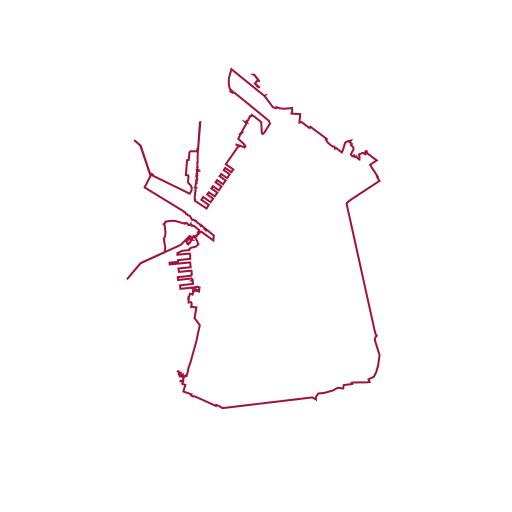 outline of NCR, City of Manila, First District, Manila, Philippines, rotated 39°
{"feature_id": "2640588B65314213268917", "entity_name": "NCR, City of Manila, First District", "entity_type": "district", "adm_level": 2, "iso_a3": "PHL", "parent_name": "Philippines", "parent_adm1": "Manila", "projection": "albers", "projection_center": [120.961, 14.599], "detail": "fine", "context": "isolated", "style": "outline", "palette": "rose", "viewbox_px": 512, "rotation_deg": 39, "n_neighbors": 0, "source": "geoboundaries", "source_scale": "gbopen_adm2", "svg_char_len": 6163}
<svg xmlns="http://www.w3.org/2000/svg" viewBox="0 0 512 512"><g transform="rotate(39 256 256)"><path d="M300.8,117.8L287.3,113.4L289.7,105.7L278.2,106.2L276.1,105.0L275.8,105.6L275.4,105.4L275.3,106.1L276.1,107.2L276.9,107.3L277.1,108.1L274.1,108.6L272.1,112.4L274.2,113.9L275.6,115.9L273.7,116.1L271.1,115.5L270.6,116.8L268.9,116.1L268.8,117.4L268.2,117.9L265.8,117.4L264.6,111.7L263.2,110.2L260.0,110.1L260.0,108.6L257.2,108.6L257.1,106.6L254.6,109.8L254.0,112.0L256.8,118.7L257.5,121.5L250.5,121.6L249.8,122.9L248.2,121.7L246.2,122.8L240.7,122.7L237.1,121.7L237.3,120.5L217.0,121.3L217.0,122.9L207.2,123.2L205.8,125.0L201.1,117.9L194.0,123.0L192.7,120.2L190.9,118.3L185.5,123.6L181.7,126.2L178.1,127.6L178.4,128.7L175.4,129.7L162.0,126.3L162.0,125.8L161.7,126.3L119.3,126.3L123.1,135.0L126.1,138.9L130.4,142.6L134.2,142.8L132.1,143.3L132.5,144.3L135.3,143.8L135.5,142.8L136.0,142.7L157.0,142.7L180.0,142.8L181.1,142.9L183.5,144.3L184.8,154.7L184.5,156.9L183.2,156.9L175.8,148.6L168.3,148.7L163.9,148.9L164.2,150.4L163.4,150.9L164.4,156.0L164.1,156.4L164.5,156.5L164.6,157.2L163.0,157.5L164.9,158.1L163.2,158.7L164.9,159.0L165.3,160.0L166.7,167.6L167.6,168.3L167.6,169.2L166.9,169.3L166.8,171.5L167.4,171.5L168.5,176.1L176.0,176.6L178.6,177.3L178.9,177.8L178.7,178.8L178.1,178.5L177.5,179.2L169.7,182.1L173.7,180.8L173.8,181.5L173.2,181.6L174.8,203.7L183.8,203.0L184.1,206.3L176.7,206.9L176.9,209.6L184.2,209.0L184.5,213.6L177.3,214.2L177.5,216.9L184.9,216.4L185.2,221.0L178.0,221.5L178.2,224.2L185.4,223.7L185.8,228.3L178.6,228.8L178.8,231.6L186.0,231.1L186.4,235.6L179.2,236.2L179.4,238.9L186.6,238.4L186.9,242.7L177.9,243.4L178.2,246.7L187.1,246.0L187.7,250.2L173.7,251.5L172.9,250.7L173.0,250.3L171.4,249.1L170.6,247.3L169.0,245.5L168.5,244.0L166.0,241.1L166.2,240.8L165.7,240.9L165.9,240.5L164.9,239.7L163.8,238.0L164.1,236.7L163.1,236.2L163.6,235.9L163.0,236.1L162.7,234.6L162.0,234.5L162.0,233.9L161.6,234.2L160.6,231.9L159.8,231.7L159.8,231.1L159.3,231.3L159.2,230.0L158.4,230.0L158.5,229.1L157.9,228.8L157.7,228.0L157.2,228.1L156.9,227.6L157.2,227.3L156.3,226.6L157.0,226.2L156.3,226.2L156.7,225.6L155.8,225.9L155.1,224.3L154.5,224.3L154.3,223.3L151.7,220.6L151.8,220.1L147.3,214.5L128.5,187.1L128.3,187.4L143.2,208.7L143.0,209.7L143.9,210.9L143.9,212.1L139.6,215.4L139.0,216.5L139.2,217.6L143.3,223.7L142.1,224.9L150.6,237.3L152.3,236.0L153.3,236.5L157.0,241.7L161.5,242.4L163.5,243.8L164.7,245.9L165.3,249.3L124.3,258.7L124.8,258.2L124.6,257.7L123.5,258.0L123.2,258.8L122.7,258.0L121.7,258.6L96.8,242.8L88.4,242.6L96.7,243.0L123.6,260.1L126.3,272.8L171.9,266.8L172.5,267.1L173.3,266.7L175.3,267.4L175.6,266.9L177.4,267.2L179.4,266.5L183.6,268.1L184.4,267.3L186.7,267.0L186.8,266.5L190.2,267.0L193.1,266.6L192.9,267.0L194.4,267.5L195.1,266.5L199.2,266.7L199.0,267.4L200.0,267.6L201.1,267.6L201.0,266.6L210.4,266.7L213.1,270.8L198.2,271.5L197.7,272.0L197.5,274.8L195.9,274.3L196.1,272.2L195.6,271.7L189.1,271.6L188.2,271.8L187.5,272.8L187.1,272.3L185.4,272.8L185.0,272.3L184.9,273.7L184.2,274.4L181.4,273.9L180.2,275.7L179.8,275.4L179.4,276.1L171.1,279.6L168.1,281.9L164.0,286.3L164.6,287.1L164.1,289.4L165.6,289.5L170.9,294.7L173.1,298.2L173.4,300.5L180.4,306.8L182.6,310.3L170.8,334.2L170.4,355.4L170.9,334.3L190.6,294.5L191.8,282.2L193.1,281.9L193.4,282.3L192.8,288.6L195.1,289.7L196.1,289.6L195.6,288.3L196.2,288.1L196.3,286.5L195.6,285.7L195.9,285.1L195.5,284.5L196.1,283.9L195.4,284.1L195.0,285.2L195.0,284.0L195.6,283.3L194.8,279.6L196.5,279.3L197.0,276.3L197.5,277.1L196.7,280.1L198.9,280.5L203.8,283.0L203.4,286.4L200.6,290.1L199.7,292.3L200.5,293.3L195.5,298.3L193.1,303.2L194.1,304.5L203.0,295.8L204.6,297.0L206.6,299.7L198.0,308.3L199.1,309.6L193.0,315.6L194.2,316.9L208.9,302.4L212.3,305.9L203.6,314.5L206.1,316.9L215.1,308.0L217.9,310.9L217.5,312.1L217.9,312.3L218.5,311.7L208.5,321.7L210.5,323.7L220.0,314.1L221.2,314.1L222.0,314.7L221.8,315.2L222.2,314.9L222.6,315.3L221.9,316.3L222.8,315.5L224.6,317.3L215.5,326.6L217.9,329.1L227.8,319.2L227.6,320.2L229.4,318.5L228.1,318.9L229.1,317.5L229.4,317.7L229.7,316.8L231.9,315.9L233.0,318.0L228.6,322.3L229.0,322.8L233.3,318.2L234.1,319.5L231.5,320.5L229.7,322.3L231.0,326.0L228.4,326.7L229.7,330.1L229.4,330.3L229.7,331.0L230.3,332.0L230.8,331.7L232.8,334.6L234.7,332.7L236.2,333.7L237.5,336.1L237.6,337.3L238.1,335.5L240.0,335.0L242.0,333.4L247.4,343.0L255.8,345.1L263.2,359.6L271.8,379.4L274.4,386.6L275.0,387.0L277.5,392.8L276.6,393.2L276.9,393.8L275.2,394.7L274.7,394.2L274.9,394.7L274.2,395.1L273.9,394.6L273.8,395.3L273.5,394.8L273.7,395.4L273.0,395.1L272.9,395.7L272.7,395.3L272.9,395.8L272.5,396.0L272.2,395.6L272.1,396.3L271.8,395.8L271.8,396.4L271.6,396.0L271.0,396.2L271.2,395.7L270.9,396.2L270.5,395.9L270.8,395.4L270.5,395.9L270.1,395.6L270.5,395.1L270.0,395.6L269.7,395.3L270.0,394.8L269.6,395.3L269.3,395.0L269.6,394.5L268.8,394.7L269.2,394.1L268.8,394.7L268.4,394.4L268.7,393.7L267.6,395.2L268.3,394.5L268.8,394.8L268.3,395.7L268.9,394.9L269.3,395.2L268.8,395.9L269.4,395.3L269.8,395.6L269.4,396.2L269.9,395.6L270.3,395.9L269.9,396.7L270.4,396.0L270.8,396.3L270.4,397.0L271.0,396.4L271.4,396.7L270.9,397.6L271.9,396.5L272.3,397.0L272.0,396.5L274.7,394.9L275.2,394.8L275.0,395.6L277.2,394.9L274.5,396.4L276.1,395.7L276.7,397.6L277.5,397.8L278.2,399.3L276.0,400.3L276.2,400.8L278.4,399.8L279.2,401.7L282.2,400.6L284.8,407.0L293.0,404.1L293.4,405.2L295.8,404.6L296.4,403.7L318.6,397.9L319.2,397.8L318.8,396.8L321.6,395.8L325.5,395.4L326.3,394.7L388.7,330.5L392.9,329.8L391.3,327.9L391.0,323.6L395.1,319.6L400.2,312.4L402.5,306.9L407.1,304.1L405.4,301.1L410.9,295.4L411.3,294.8L410.2,294.2L411.4,292.9L421.7,284.4L423.6,282.3L421.0,281.1L423.6,275.6L422.6,270.8L419.7,264.1L414.4,255.3L401.1,246.4L400.0,244.2L400.1,242.0L398.4,241.6L395.4,239.5L293.3,158.2L293.2,156.9L294.6,151.6L304.7,120.0L300.6,118.5L300.8,117.8ZM149.2,118.2L140.5,116.2L139.9,116.7L141.3,116.5L146.7,117.8L146.5,122.6L150.2,123.3L150.2,123.0L151.7,123.1L153.0,122.8L147.8,122.6L147.8,122.2L147.7,122.6L146.6,122.5L146.8,120.6L147.3,120.6L146.8,120.5L146.9,119.7L147.3,119.8L146.9,119.6L147.1,117.9L148.0,118.1L148.2,118.9L148.3,118.1L149.2,118.2Z" fill="none" stroke="#9f1239" stroke-width="2"/></g></svg>